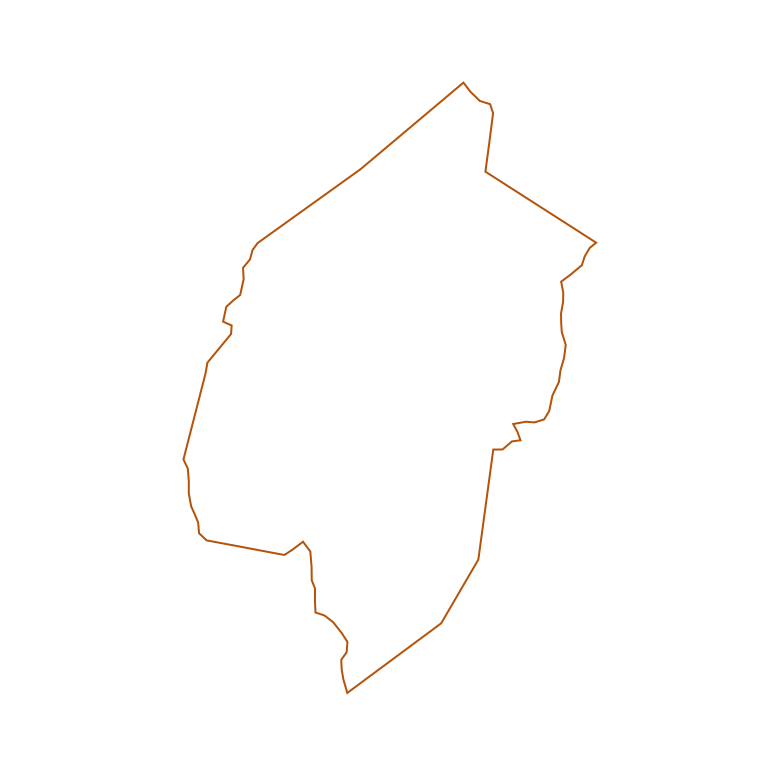 Parari, Paraíba, Brazil (orthographic projection), rotated 100°
{"feature_id": "56859067B42878136321644", "entity_name": "Parari", "entity_type": "district", "adm_level": 2, "iso_a3": "BRA", "parent_name": "Brazil", "parent_adm1": "Paraíba", "projection": "orthographic", "projection_center": [-36.658, -7.327], "detail": "fine", "context": "isolated", "style": "outline", "palette": "amber", "viewbox_px": 768, "rotation_deg": 100, "n_neighbors": 0, "source": "geoboundaries", "source_scale": "gbopen_adm2", "svg_char_len": 1085}
<svg xmlns="http://www.w3.org/2000/svg" viewBox="0 0 768 768"><g transform="rotate(100 384 384)"><path d="M694.6,366.5L609.7,286.1L540.5,260.6L429.6,265.0L427.9,255.9L418.3,248.0L415.7,239.8L407.8,244.4L401.0,249.8L396.5,237.7L395.7,229.0L391.0,220.1L381.7,216.6L365.9,216.1L351.7,212.1L339.8,212.6L327.0,211.2L314.0,211.8L302.1,217.9L293.1,220.1L283.9,221.9L271.8,221.9L263.0,223.3L252.4,227.3L243.9,219.3L232.7,209.8L223.5,208.5L214.2,205.0L208.0,199.6L157.3,321.0L128.4,322.2L98.3,323.6L90.0,328.1L88.6,338.8L81.0,349.9L73.4,358.1L176.5,444.4L267.2,533.0L274.9,536.7L284.5,537.6L294.1,543.0L305.2,540.4L321.3,541.1L327.9,547.0L335.3,552.7L350.5,553.3L352.8,544.2L361.3,543.3L393.6,561.6L404.7,561.6L493.1,568.4L501.4,562.5L513.3,559.4L525.4,557.3L537.9,552.7L545.0,547.9L552.6,543.0L563.1,540.2L568.8,531.6L569.7,452.5L563.5,445.8L553.4,436.4L561.7,427.5L577.0,423.5L589.8,421.1L597.4,416.4L609.3,414.4L620.9,411.8L622.3,402.4L627.5,392.6L636.8,382.2L644.4,375.2L654.6,374.2L663.0,378.2L672.5,376.1L681.8,372.8L694.6,366.5Z" fill="none" stroke="#b45309" stroke-width="2"/></g></svg>